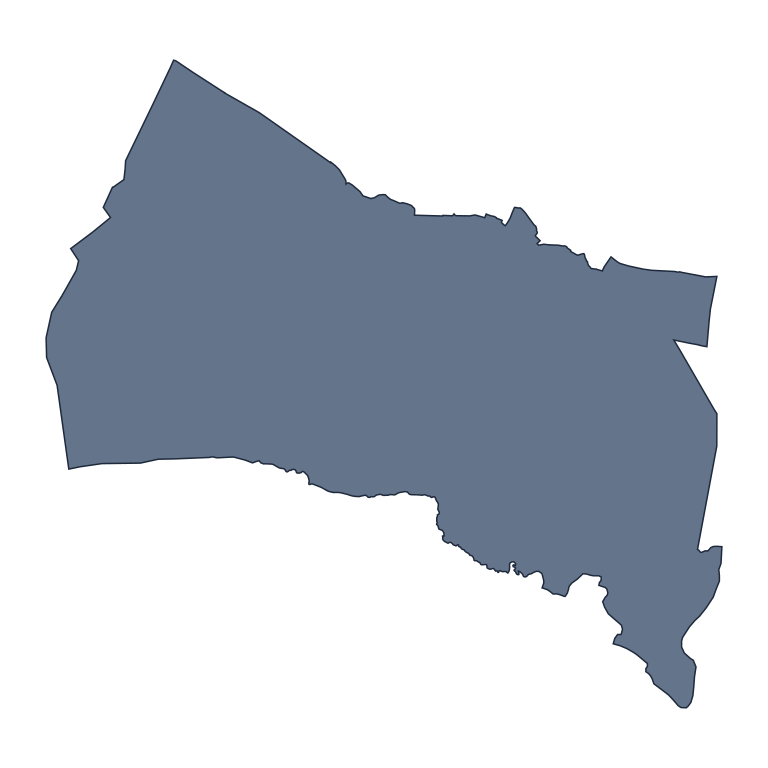 Kota Banjar Baru, Kalimantan Selatan, Indonesia
{"feature_id": "22746128B6711072078761", "entity_name": "Kota Banjar Baru", "entity_type": "district", "adm_level": 2, "iso_a3": "IDN", "parent_name": "Indonesia", "parent_adm1": "Kalimantan Selatan", "projection": "albers", "projection_center": [114.83, -3.484], "detail": "fine", "context": "isolated", "style": "filled", "palette": "slate", "viewbox_px": 768, "rotation_deg": 0, "n_neighbors": 0, "source": "geoboundaries", "source_scale": "gbopen_adm2", "svg_char_len": 6098}
<svg xmlns="http://www.w3.org/2000/svg" viewBox="0 0 768 768"><path d="M68.8,469.1L79.9,466.8L102.0,463.6L140.4,463.1L158.3,459.2L174.5,458.9L207.8,457.5L209.8,457.4L211.5,456.9L214.3,457.1L215.5,457.6L217.7,457.8L231.3,457.1L233.9,457.1L245.2,460.1L252.5,462.9L256.0,461.6L259.1,460.7L260.8,462.8L263.6,463.9L265.7,463.8L271.8,464.1L273.1,464.4L278.8,467.7L281.2,468.4L282.8,468.5L284.3,469.0L285.3,470.1L285.9,471.3L286.6,471.8L287.2,471.9L287.8,471.6L289.6,470.3L290.9,470.3L291.5,470.1L292.2,469.5L293.0,469.3L295.1,469.7L296.0,471.0L296.4,472.4L297.0,473.0L299.2,473.1L301.0,472.7L301.9,471.8L302.9,471.4L304.2,472.1L307.6,475.5L308.6,478.2L309.2,481.0L308.8,482.9L308.9,484.2L309.6,484.5L310.4,484.4L311.0,484.0L312.4,483.9L321.1,487.3L327.5,490.9L329.8,491.7L331.5,492.1L333.6,492.5L337.5,492.4L340.5,492.7L347.8,494.5L349.6,495.2L352.6,496.0L355.2,496.4L359.4,496.6L361.4,496.0L364.8,495.3L365.8,495.3L367.4,496.4L368.0,497.2L368.9,497.4L370.0,497.3L370.5,496.8L371.6,496.6L372.4,496.8L374.1,496.7L376.5,495.0L380.2,494.3L383.5,495.4L388.3,495.2L389.6,494.7L391.1,494.6L394.6,494.9L395.8,494.4L397.7,493.2L399.8,492.5L405.0,491.6L407.6,492.1L408.4,493.2L409.5,494.3L411.3,494.7L417.0,494.8L422.2,495.2L424.5,494.7L425.9,495.1L427.9,496.0L429.8,496.1L430.9,497.2L431.6,497.5L432.3,497.3L432.7,496.9L434.4,496.8L435.0,497.2L436.6,501.1L437.4,501.8L437.8,503.0L438.2,503.3L438.4,504.5L437.8,509.3L439.3,512.3L439.0,513.9L437.4,514.9L437.4,516.3L436.8,517.7L436.7,521.3L437.3,522.3L436.6,524.0L436.7,524.6L437.9,525.6L438.8,529.0L440.6,529.8L442.0,530.1L442.9,531.2L443.8,532.7L444.1,535.8L443.8,536.1L443.4,535.9L442.5,536.1L442.8,537.3L442.6,538.9L443.4,540.4L444.8,541.6L448.0,543.2L449.9,542.3L450.6,542.3L452.4,543.6L453.0,544.6L453.6,545.0L454.1,545.1L456.0,545.9L457.8,544.7L458.4,544.9L458.6,546.2L459.6,547.0L460.3,547.0L461.5,548.8L462.4,549.4L462.8,549.4L464.0,549.8L465.1,551.3L466.4,552.3L468.7,553.5L469.8,555.2L470.2,555.4L471.0,555.4L472.2,556.0L473.1,557.1L473.9,559.0L474.0,560.2L474.7,560.7L476.3,560.7L476.9,560.9L478.2,561.9L479.9,562.7L480.7,564.3L481.2,564.6L481.8,564.8L485.7,564.5L486.5,564.7L486.9,565.4L487.0,567.3L487.3,568.1L489.3,569.1L490.7,569.2L492.7,568.5L493.4,568.6L494.2,569.2L495.6,571.1L497.0,570.9L497.4,571.2L497.9,572.4L498.1,572.4L498.6,572.2L499.2,570.9L499.7,570.6L502.5,571.7L505.0,571.5L506.4,571.7L506.7,572.3L507.9,573.0L508.8,571.7L509.3,569.9L509.7,567.8L509.5,564.9L509.9,563.2L511.0,562.3L512.0,561.9L512.9,561.8L514.2,562.1L515.5,563.5L515.6,565.0L515.3,565.4L514.9,565.5L513.9,564.8L513.3,565.0L512.9,565.4L513.0,565.9L513.2,566.7L514.4,567.0L515.2,567.5L515.5,568.0L515.3,568.7L514.0,570.2L514.3,570.7L515.6,571.7L515.8,572.5L516.6,574.0L517.4,574.5L518.1,574.7L518.7,574.6L519.0,574.1L518.4,571.1L519.4,571.4L521.7,573.2L522.4,574.0L523.6,576.5L524.4,576.8L525.3,576.9L526.4,576.6L527.0,576.1L528.1,574.8L528.8,574.4L531.7,573.6L533.6,572.4L535.3,571.7L536.7,571.3L538.8,571.4L540.1,572.2L541.7,573.5L542.1,574.1L543.6,580.0L543.8,582.0L543.7,583.2L542.1,587.9L547.2,589.6L549.8,591.3L553.1,594.0L556.6,593.9L558.2,594.2L562.4,595.6L563.9,596.3L565.2,596.4L567.3,593.2L568.5,589.4L569.1,586.4L571.9,583.0L577.5,579.0L582.9,573.8L586.5,574.0L590.6,575.3L593.5,575.8L598.9,575.8L601.2,577.0L601.2,578.5L600.9,580.9L599.4,582.4L598.9,585.4L605.3,587.5L606.8,589.0L607.8,592.6L607.3,595.2L605.3,597.2L602.7,601.6L604.5,606.9L608.3,613.8L621.4,625.2L622.5,629.3L621.1,634.5L617.6,634.5L614.8,638.3L613.2,643.8L620.0,645.7L626.7,648.5L634.0,652.7L637.0,654.8L647.4,663.5L647.4,666.3L645.9,668.6L645.9,671.7L648.5,673.5L650.5,675.8L652.2,678.9L653.9,683.8L668.4,694.8L673.3,700.0L678.2,705.7L681.1,707.6L686.3,707.8L688.1,706.2L690.9,702.4L692.9,695.6L693.8,686.4L694.5,676.7L696.0,666.9L693.3,660.3L690.2,658.3L684.3,653.0L681.6,647.0L681.6,641.0L682.6,637.4L689.4,626.9L694.7,620.7L699.6,616.1L706.1,608.0L713.2,597.2L716.4,588.5L719.4,581.1L719.4,575.5L718.8,569.6L721.0,563.4L721.9,546.7L717.0,546.3L714.2,546.4L713.1,546.6L710.8,547.6L709.1,549.7L707.8,550.9L704.9,550.9L701.8,552.3L700.8,552.3L700.2,552.0L698.7,550.1L697.5,549.5L716.8,446.1L716.9,413.7L714.0,409.2L680.0,350.3L673.8,340.0L689.3,343.2L697.2,344.6L701.8,345.8L706.9,346.7L709.1,321.3L710.4,309.1L716.9,276.4L705.7,276.9L681.4,272.3L679.7,271.8L678.0,272.2L674.7,271.5L651.7,270.3L643.1,269.1L628.7,266.0L620.5,263.6L618.6,262.7L617.0,261.6L611.0,256.9L604.0,267.1L602.4,270.9L597.1,269.5L596.4,269.0L595.7,269.1L591.2,268.5L590.9,268.4L590.3,267.3L588.7,265.7L587.8,263.8L587.4,261.5L586.6,261.1L585.9,259.1L585.1,257.8L584.5,254.6L584.2,254.0L583.7,253.6L582.0,253.9L577.7,255.2L576.8,254.9L570.7,251.5L570.7,250.3L567.5,248.1L566.7,246.8L565.2,246.0L564.6,245.9L562.8,246.0L558.3,245.2L548.4,244.8L543.8,244.2L538.8,245.2L537.7,244.2L537.1,243.6L540.1,240.7L535.7,236.4L535.3,235.6L536.9,233.6L537.3,232.7L537.2,232.0L536.5,230.8L536.6,228.9L535.8,226.3L534.1,224.9L532.7,223.1L525.2,212.7L522.1,209.3L520.2,207.9L518.2,208.0L514.9,207.3L514.4,207.6L512.4,212.2L510.1,218.2L507.4,222.8L505.4,225.6L504.3,225.1L502.0,223.1L501.5,222.3L501.5,221.8L502.2,220.5L502.1,220.3L496.7,218.3L496.4,217.7L494.4,216.5L491.3,215.9L487.6,214.7L486.2,214.0L484.7,217.7L475.3,215.0L473.4,215.2L469.9,215.9L456.3,215.7L455.4,215.5L454.0,213.9L452.6,215.8L442.9,215.4L442.7,216.0L414.5,215.2L414.7,209.9L414.5,208.8L413.8,207.8L412.8,207.1L412.4,206.3L411.0,205.3L407.4,203.9L402.7,202.7L399.8,203.3L393.2,200.4L390.7,199.5L387.5,197.0L385.3,194.7L382.6,194.6L378.7,195.1L374.8,197.5L372.9,198.2L372.0,198.1L371.3,198.5L370.5,198.5L369.4,198.0L363.0,195.9L360.0,191.6L352.4,185.1L348.8,182.9L347.4,183.0L346.5,183.4L346.1,183.9L345.8,180.6L345.4,179.6L339.4,169.8L335.4,165.8L330.8,162.1L330.6,162.7L259.2,112.6L224.6,93.0L224.8,92.8L221.2,90.6L193.0,72.4L175.8,60.8L173.6,60.2L170.4,67.5L152.5,105.1L125.6,160.7L125.1,169.3L123.9,179.6L112.6,187.6L112.4,187.4L103.3,207.4L110.5,217.5L93.3,231.6L70.7,248.6L78.6,260.7L76.3,270.3L64.9,290.6L62.6,294.5L61.6,296.6L61.4,296.6L51.7,312.3L46.1,337.8L46.6,357.5L57.1,385.3L68.8,469.1Z" fill="#64748b" stroke="#1e293b" stroke-width="1.5"/></svg>